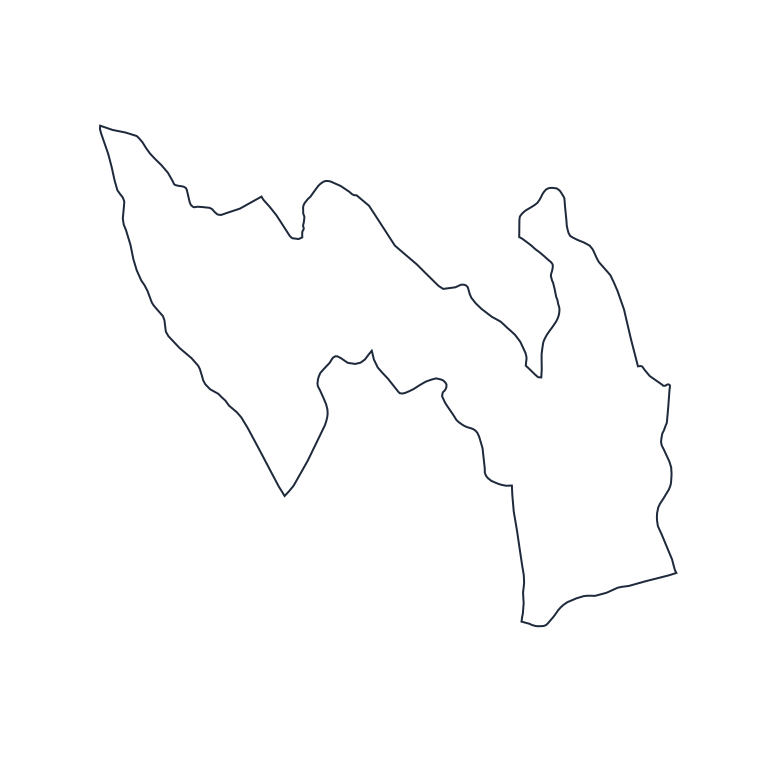 outline of Lai Chau, Lai Chau, Vietnam, rotated 7°
{"feature_id": "81297802B74546691476320", "entity_name": "Lai Chau", "entity_type": "district", "adm_level": 2, "iso_a3": "VNM", "parent_name": "Vietnam", "parent_adm1": "Lai Chau", "projection": "equal_earth", "projection_center": [103.45, 22.387], "detail": "fine", "context": "isolated", "style": "outline", "palette": "slate", "viewbox_px": 768, "rotation_deg": 7, "n_neighbors": 0, "source": "geoboundaries", "source_scale": "gbopen_adm2", "svg_char_len": 5362}
<svg xmlns="http://www.w3.org/2000/svg" viewBox="0 0 768 768"><g transform="rotate(7 384 384)"><path d="M333.7,200.0L332.4,200.2L331.0,200.2L329.0,199.4L326.1,197.4L316.8,192.7L305.8,189.4L303.7,189.4L301.9,189.5L300.1,190.1L298.5,191.2L296.2,193.4L294.4,195.7L290.8,202.1L288.2,207.0L285.9,209.6L284.6,211.8L283.2,214.0L282.3,216.6L282.2,218.7L283.0,224.4L283.5,225.6L283.9,226.3L284.1,226.6L284.6,227.8L284.7,229.3L284.7,233.8L284.4,235.4L284.4,236.8L284.7,237.8L285.3,238.8L285.4,239.7L285.3,240.0L285.2,240.9L284.6,241.9L284.4,243.1L284.5,244.6L284.6,245.8L285.0,248.4L281.7,250.5L277.8,250.5L275.5,250.5L274.3,250.0L272.4,248.5L256.8,229.8L249.1,222.2L244.6,218.3L241.8,215.8L240.2,213.8L239.6,212.9L219.6,227.5L210.5,231.8L206.5,233.7L203.9,235.0L201.6,236.1L200.5,236.1L198.7,236.1L197.7,235.8L195.3,234.2L191.8,231.2L189.2,230.4L182.0,230.5L177.2,230.8L175.3,231.4L174.1,231.7L172.7,231.4L171.8,230.8L170.4,229.7L169.0,227.3L167.6,223.5L165.7,218.3L164.6,215.3L163.4,213.6L161.5,212.7L159.7,212.4L156.4,212.4L153.6,212.1L152.2,211.8L151.0,210.9L149.9,208.9L143.8,200.7L136.5,194.0L128.8,188.1L123.7,183.8L119.3,179.1L114.8,173.5L110.6,169.7L108.3,168.0L96.8,165.9L83.6,164.9L70.8,162.2L71.0,165.5L72.6,169.6L82.3,189.4L87.3,202.0L91.8,214.8L95.7,224.1L98.4,227.1L102.0,230.7L104.0,234.5L104.2,238.6L104.6,251.6L106.2,257.4L109.1,262.6L115.4,276.8L120.0,290.6L124.7,301.3L130.5,310.9L134.3,315.2L137.9,320.4L140.4,325.2L143.6,331.4L145.8,334.1L149.6,337.6L156.3,343.6L158.3,347.5L161.1,358.7L164.2,362.8L176.7,373.2L189.8,381.8L197.4,388.6L199.4,391.6L202.1,397.6L204.2,402.6L206.7,406.1L212.2,410.5L220.9,414.0L224.2,416.7L228.7,419.9L232.7,424.3L241.4,430.0L246.5,434.6L254.4,444.7L268.3,464.4L284.6,487.9L292.2,498.8L295.8,503.2L299.0,507.3L302.7,502.2L306.7,495.9L317.7,469.3L330.4,432.1L331.2,428.0L331.7,423.9L331.7,420.7L331.0,416.3L329.0,411.2L326.2,406.2L321.4,398.3L318.6,394.2L317.9,391.6L317.9,390.4L317.9,388.8L317.9,387.2L318.4,384.4L319.4,380.9L322.4,376.5L327.5,369.6L328.8,366.7L330.3,363.9L332.6,362.3L334.6,362.3L338.1,363.6L345.4,367.4L352.9,367.6L358.1,365.7L362.0,362.1L365.2,356.6L367.8,352.5L368.1,353.2L371.0,361.0L375.8,368.4L380.8,372.9L387.2,378.2L399.3,390.1L400.8,391.2L403.7,391.2L406.4,390.1L410.2,387.9L414.0,385.4L419.3,381.0L425.1,376.6L430.7,373.8L434.9,372.1L438.7,372.4L441.4,372.9L443.0,373.7L445.2,375.6L446.1,377.0L446.3,379.8L445.4,382.6L443.6,384.8L443.2,386.4L443.2,389.2L447.0,395.3L449.2,397.9L456.9,406.7L460.3,410.9L462.9,412.8L466.0,414.5L469.1,415.9L471.8,416.7L475.6,417.3L478.0,417.9L480.7,419.3L482.7,421.2L484.9,424.8L489.6,435.6L494.2,455.1L494.9,459.8L496.4,462.6L498.6,464.8L500.0,465.6L502.2,467.0L505.7,468.1L510.2,469.3L513.3,469.8L517.5,470.1L523.3,469.2L524.9,478.6L528.3,494.7L534.3,514.8L535.3,518.6L542.8,545.7L546.0,556.6L547.2,563.5L547.4,567.5L547.4,571.5L547.4,573.8L548.5,580.1L549.3,584.3L549.8,594.6L549.5,598.7L549.5,601.8L549.4,603.1L557.2,604.2L560.9,605.3L564.6,605.8L567.3,605.5L570.8,605.0L572.5,604.5L574.6,603.2L576.6,600.4L580.4,594.7L582.2,591.6L584.5,587.2L586.8,583.9L589.1,581.3L592.6,578.2L596.6,575.9L601.1,573.3L608.1,570.2L611.0,569.5L614.4,569.0L619.2,568.6L630.3,564.1L640.8,557.7L644.8,556.3L647.7,555.6L651.6,554.6L667.6,547.9L690.3,539.1L697.2,535.9L695.4,533.2L693.3,528.1L691.3,523.0L687.3,516.0L677.9,499.4L673.2,491.8L671.7,486.4L671.1,483.1L670.8,479.0L671.2,473.3L672.4,469.5L675.4,463.4L679.6,454.0L680.7,449.7L680.9,446.7L680.7,442.9L680.4,438.4L679.2,431.8L676.7,426.2L669.5,414.6L667.1,411.1L666.0,407.6L666.0,405.2L666.0,403.1L666.3,399.1L667.5,395.8L668.6,391.0L669.4,388.2L669.4,385.9L668.9,371.7L668.1,355.4L668.1,352.6L668.1,351.4L668.1,350.9L667.4,350.0L666.2,349.7L664.7,350.3L663.8,351.2L662.8,351.6L661.3,351.7L660.6,351.1L658.1,349.7L646.9,343.8L640.9,338.2L638.7,335.7L637.7,335.0L636.6,334.9L633.9,335.5L623.5,309.0L613.1,280.7L604.5,263.3L599.0,253.9L598.4,253.1L595.5,248.5L592.2,245.5L582.4,236.8L579.9,233.3L575.5,226.1L574.7,224.9L571.3,221.6L565.5,219.3L558.2,217.3L553.7,215.7L550.8,214.4L548.8,211.7L547.2,207.8L546.1,204.5L545.1,199.3L542.0,185.6L541.2,181.6L540.4,177.7L539.4,176.1L536.8,172.8L534.7,170.5L531.5,168.8L527.3,168.8L524.7,169.2L522.6,170.1L521.0,171.4L519.4,173.7L518.1,176.3L517.1,179.3L515.8,182.5L514.2,185.5L511.6,188.1L508.4,190.7L503.7,194.3L501.8,196.2L500.0,198.5L499.0,200.2L498.4,201.5L498.4,204.4L498.7,207.4L500.3,221.7L500.7,221.8L503.4,222.9L508.2,225.6L513.3,228.6L517.7,231.7L522.5,234.4L526.6,237.1L531.5,240.5L534.8,242.6L536.3,244.1L537.0,245.3L537.3,247.7L537.0,251.7L536.5,254.1L536.4,256.3L538.1,260.6L539.5,263.0L541.7,268.7L544.3,276.6L545.8,279.3L547.2,283.5L548.7,286.9L549.2,289.6L549.2,291.7L549.2,293.8L548.4,297.7L547.2,301.1L544.3,306.8L541.9,311.0L539.4,315.8L537.7,320.4L537.0,323.4L536.8,329.1L536.8,335.2L537.6,341.7L538.8,350.4L539.3,358.3L538.9,358.3L537.2,358.5L536.2,358.4L535.5,358.1L532.5,356.0L525.4,350.6L522.5,348.6L522.4,344.8L522.4,342.0L522.1,339.8L520.6,335.9L514.2,325.6L510.0,321.2L508.0,319.2L502.6,315.3L499.3,313.1L496.0,310.6L492.0,307.8L482.9,304.2L471.5,297.5L465.3,292.8L460.2,287.8L458.2,284.4L456.9,281.4L456.2,279.7L455.4,277.8L453.8,276.4L452.2,275.8L449.6,275.8L448.1,276.2L443.1,279.3L431.2,282.4L426.2,280.0L412.4,269.4L401.9,261.2L389.3,252.9L377.9,245.3L357.1,220.4L347.4,208.9L333.7,200.0Z" fill="none" stroke="#1e293b" stroke-width="2"/></g></svg>